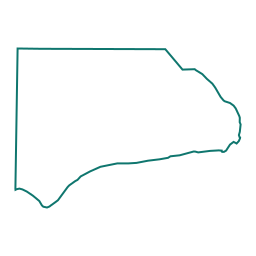 the district of Hardin, Illinois, United States of America
{"feature_id": "52423323B71898238526095", "entity_name": "Hardin", "entity_type": "district", "adm_level": 2, "iso_a3": "USA", "parent_name": "United States of America", "parent_adm1": "Illinois", "projection": "orthographic", "projection_center": [-88.199, 37.501], "detail": "fine", "context": "isolated", "style": "outline", "palette": "teal", "viewbox_px": 256, "rotation_deg": 0, "n_neighbors": 0, "source": "geoboundaries", "source_scale": "gbopen_adm2", "svg_char_len": 955}
<svg xmlns="http://www.w3.org/2000/svg" viewBox="0 0 256 256"><path d="M17.6,48.5L15.4,188.9L15.5,189.8L16.7,189.2L19.4,188.6L22.4,189.4L26.7,191.5L32.8,195.6L39.3,201.0L41.9,205.4L43.3,206.7L47.0,207.5L49.5,206.5L51.4,205.0L51.5,205.0L57.9,200.3L67.6,187.1L69.2,185.4L75.2,181.1L77.5,179.9L80.7,176.4L90.1,171.4L100.4,166.8L117.3,163.4L128.3,163.4L136.5,162.9L148.0,160.7L159.6,159.3L168.1,157.8L170.4,156.3L179.7,155.3L193.7,151.5L195.3,151.6L198.2,152.4L210.0,150.9L218.7,150.4L221.7,150.6L221.7,151.4L222.2,151.9L223.9,151.9L226.1,150.6L230.0,144.6L233.6,141.9L236.1,143.2L236.6,143.5L238.8,141.1L240.0,138.4L240.1,137.5L239.6,137.2L238.9,135.1L239.8,131.9L240.6,124.5L240.6,124.4L239.7,122.2L239.8,117.8L239.3,116.1L235.7,108.4L233.6,105.6L230.0,103.0L224.8,101.3L223.6,100.5L220.6,96.9L215.2,87.6L212.4,83.7L206.9,78.9L202.3,74.1L195.9,70.2L194.7,69.2L182.5,69.6L165.3,49.2L41.0,48.8L17.6,48.5Z" fill="none" stroke="#0f766e" stroke-width="2"/></svg>